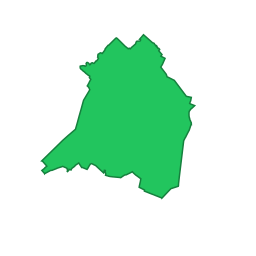 outline of Roosendaal, Noord-Brabant, Netherlands, rotated 305°
{"feature_id": "6326949B28559348449199", "entity_name": "Roosendaal", "entity_type": "district", "adm_level": 2, "iso_a3": "NLD", "parent_name": "Netherlands", "parent_adm1": "Noord-Brabant", "projection": "orthographic", "projection_center": [4.432, 51.51], "detail": "fine", "context": "isolated", "style": "filled", "palette": "green", "viewbox_px": 256, "rotation_deg": 305, "n_neighbors": 0, "source": "geoboundaries", "source_scale": "gbopen_adm2", "svg_char_len": 4921}
<svg xmlns="http://www.w3.org/2000/svg" viewBox="0 0 256 256"><g transform="rotate(305 128 128)"><path d="M90.0,196.0L90.4,196.1L91.2,196.2L102.8,197.9L103.0,198.0L109.1,202.6L109.9,202.3L111.1,201.5L117.7,197.9L149.0,181.2L149.6,180.9L152.5,180.5L152.9,180.4L153.2,180.5L155.8,180.1L159.4,179.6L161.2,179.4L161.9,179.2L162.3,179.1L165.6,178.1L167.1,177.7L167.2,177.9L167.4,177.7L167.6,177.5L168.2,177.2L168.4,176.8L168.5,176.8L168.8,176.6L168.9,176.4L169.1,176.0L169.2,175.6L169.3,175.4L169.6,175.2L169.8,174.9L169.9,174.7L170.0,174.4L170.1,174.1L170.3,173.8L170.5,173.7L170.8,173.5L170.8,173.4L171.4,172.6L171.6,172.5L171.8,172.3L172.0,171.9L172.5,171.5L172.7,171.2L173.7,170.5L173.9,170.3L174.1,170.2L174.6,169.8L174.7,169.7L175.2,169.4L175.3,169.4L175.6,169.2L175.8,169.0L176.1,168.8L176.3,168.8L176.5,168.7L176.9,168.6L177.0,168.6L177.6,168.6L178.2,168.6L178.4,168.6L178.5,168.6L178.8,168.6L179.4,168.6L180.8,169.0L184.0,169.7L184.6,169.8L183.6,165.6L183.5,165.3L183.5,164.4L184.2,164.2L186.3,163.7L189.4,162.3L188.0,159.0L187.4,157.6L193.5,138.9L193.6,138.7L192.6,131.8L192.3,130.7L193.9,128.6L194.0,128.3L196.7,119.9L199.8,119.7L206.3,118.4L205.7,114.0L205.7,113.8L205.7,113.7L205.8,113.7L207.6,113.8L207.8,113.3L208.2,111.6L208.9,109.0L208.9,108.9L209.1,108.8L209.3,108.8L210.2,109.0L210.4,109.0L210.5,108.9L210.6,108.7L210.9,107.5L210.9,107.4L210.8,107.1L210.5,106.9L210.4,106.8L210.4,106.7L211.7,104.4L211.1,104.4L211.2,104.1L212.0,101.5L212.1,101.2L212.3,101.0L212.3,100.9L212.3,100.6L212.2,100.1L211.9,99.2L212.8,91.5L213.3,87.2L207.4,86.6L207.7,87.3L207.6,87.5L207.5,87.8L206.7,88.0L206.4,88.0L206.2,87.9L205.9,87.7L204.2,85.5L203.9,85.4L203.7,85.3L202.3,85.6L201.1,86.0L201.3,86.0L198.5,85.3L198.4,85.3L196.2,84.7L194.1,84.4L194.2,83.7L194.1,83.3L194.0,83.2L193.9,83.1L193.7,83.0L193.5,82.9L193.3,82.9L193.1,82.8L193.0,82.6L193.0,82.4L193.1,81.7L193.2,80.8L193.4,77.9L193.5,77.7L193.7,76.5L194.6,71.3L195.0,68.8L195.0,68.7L195.2,67.3L195.2,67.1L195.1,66.8L195.0,66.7L194.8,66.6L194.2,66.4L184.8,64.7L184.7,64.7L184.5,64.4L184.4,64.3L183.7,64.2L180.0,63.9L179.7,63.9L179.5,64.0L179.4,64.0L179.0,64.3L178.8,64.3L178.5,64.3L176.2,64.3L174.5,64.1L174.4,64.2L174.2,64.1L174.1,63.5L174.1,63.0L174.0,62.7L173.9,62.5L173.8,62.4L173.7,62.3L173.2,62.0L172.7,61.8L171.7,61.5L171.3,61.2L171.1,61.2L171.0,61.3L169.9,61.8L169.6,62.0L169.3,62.2L169.2,62.4L168.6,62.5L168.5,63.0L168.4,63.2L168.3,63.4L168.0,63.6L168.0,63.8L166.3,63.9L164.9,63.8L164.5,63.3L161.5,63.2L161.3,62.9L161.2,62.6L161.2,62.3L161.1,62.1L161.0,61.6L161.0,61.4L160.9,61.3L160.7,61.1L160.2,60.8L159.7,60.6L158.9,60.7L158.6,60.7L158.1,60.6L157.9,60.5L157.9,60.4L157.9,60.2L158.0,60.0L158.2,59.5L158.4,59.0L158.5,58.8L158.5,58.2L158.5,57.9L158.5,57.6L158.5,57.4L158.4,57.1L158.1,56.8L157.9,56.6L157.7,56.6L157.1,56.7L156.8,56.7L156.6,56.9L156.4,57.2L156.0,57.5L155.6,57.8L155.4,57.9L155.1,57.9L154.7,57.9L154.3,57.7L153.9,57.5L154.0,56.8L153.9,56.6L153.7,56.1L153.0,55.0L152.9,54.9L152.7,54.7L152.0,54.2L151.7,53.9L151.4,53.4L151.0,53.5L150.8,53.6L150.5,53.8L150.2,54.1L150.0,54.3L149.8,54.4L149.7,54.5L149.4,55.1L149.3,55.6L149.2,56.0L149.2,57.3L149.1,57.6L149.1,57.9L148.9,58.7L148.9,59.1L149.0,59.8L148.8,60.9L148.8,61.3L148.6,61.9L148.6,62.1L148.5,64.5L148.4,64.9L148.4,65.2L148.5,66.1L148.6,66.3L148.6,66.7L148.6,66.9L148.5,67.0L148.3,67.1L147.9,67.2L147.6,67.3L147.2,67.4L147.1,67.5L146.6,69.5L146.4,69.7L145.9,69.7L143.8,69.9L143.4,70.0L142.3,70.2L141.2,70.3L139.7,70.5L139.1,70.5L139.0,71.2L138.9,71.9L138.7,72.5L138.4,73.2L138.0,73.8L137.4,74.8L125.2,75.7L117.1,78.6L109.9,81.1L104.6,83.0L104.1,83.2L103.8,83.3L96.8,85.7L87.5,83.3L80.3,81.6L51.5,76.2L51.7,76.7L51.7,76.8L51.7,77.1L51.7,77.4L50.8,81.0L50.2,83.4L47.7,82.7L47.3,82.8L47.2,82.8L43.8,81.8L42.9,85.6L42.7,85.9L42.8,85.9L48.9,89.0L49.7,90.0L51.8,91.4L53.9,92.8L54.0,92.8L54.4,93.0L55.7,94.0L57.3,95.2L58.0,95.8L58.3,96.0L59.1,96.5L60.0,100.8L59.4,101.8L59.7,102.1L58.0,103.0L57.6,103.1L57.6,103.5L60.6,103.9L60.9,105.3L61.1,105.2L61.4,105.3L62.8,105.2L65.8,106.2L66.2,106.3L66.4,106.3L66.5,106.3L66.8,106.2L67.0,106.2L69.9,107.3L71.1,107.7L71.1,107.9L71.0,108.0L70.3,109.6L69.9,110.7L69.8,111.0L69.7,111.2L69.2,112.4L69.3,112.4L69.4,112.9L70.6,118.2L72.3,118.2L72.7,118.1L73.3,118.1L73.6,118.0L75.3,117.9L75.7,117.9L76.8,117.8L77.5,118.3L78.0,118.7L78.2,119.9L78.2,120.4L78.7,123.0L77.9,128.6L77.2,133.9L77.4,133.9L77.9,133.7L79.8,132.9L80.2,133.8L79.3,134.2L79.0,134.4L78.8,134.7L77.6,136.2L76.4,136.7L76.9,138.2L77.2,139.0L77.3,139.5L77.8,140.8L78.0,141.2L79.3,143.6L80.8,146.2L83.0,150.1L83.1,150.5L83.3,150.6L85.0,151.2L87.5,152.2L87.7,152.3L88.5,153.3L89.0,153.6L91.0,154.7L91.3,154.9L92.2,155.4L94.1,156.4L94.7,156.7L94.5,157.2L94.2,158.9L93.9,161.3L93.9,161.5L93.9,163.2L93.8,167.6L91.1,168.9L87.4,170.4L85.9,171.1L86.0,171.7L85.9,171.7L86.1,172.9L86.3,174.5L86.7,177.0L85.7,177.6L87.1,183.5L90.1,195.9L90.0,196.0Z" fill="#22c55e" stroke="#15803d" stroke-width="1.5"/></g></svg>